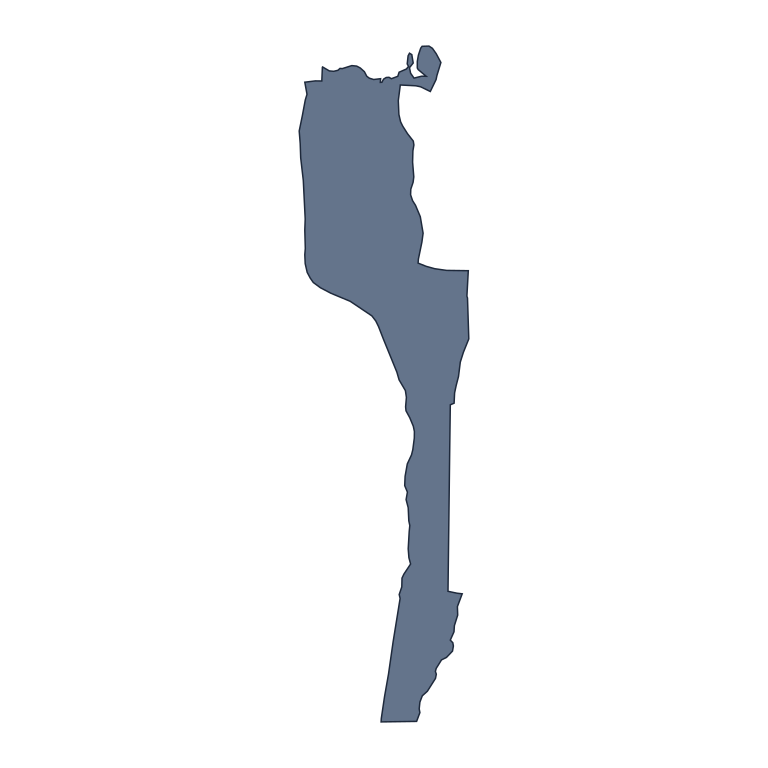 Gagaemauga I (PART), A'ana, Samoa (Albers equal-area conic projection)
{"feature_id": "51752279B78880498357537", "entity_name": "Gagaemauga I (PART)", "entity_type": "district", "adm_level": 2, "iso_a3": "WSM", "parent_name": "Samoa", "parent_adm1": "A'ana", "projection": "albers", "projection_center": [-171.869, -13.827], "detail": "fine", "context": "isolated", "style": "filled", "palette": "slate", "viewbox_px": 768, "rotation_deg": 0, "n_neighbors": 0, "source": "geoboundaries", "source_scale": "gbopen_adm2", "svg_char_len": 2103}
<svg xmlns="http://www.w3.org/2000/svg" viewBox="0 0 768 768"><path d="M436.1,79.5L436.9,75.6L440.9,62.5L436.2,53.7L432.4,48.3L429.0,46.1L422.1,46.3L420.7,48.2L418.4,55.1L417.3,61.4L417.3,68.0L418.2,69.6L426.2,76.3L421.6,76.2L414.0,78.1L410.6,73.2L409.5,67.7L413.2,63.0L411.8,54.6L409.5,53.2L408.1,55.8L407.2,63.9L408.5,66.4L406.4,69.0L399.1,72.2L397.8,76.3L391.4,78.7L389.0,77.3L386.2,77.5L383.6,79.1L381.9,82.3L380.3,82.4L380.6,78.7L373.7,79.5L369.4,78.2L366.8,76.3L364.4,71.7L360.3,68.0L356.7,66.1L351.8,65.6L342.3,68.6L340.0,68.4L337.9,70.3L333.7,71.3L329.3,70.9L322.0,66.6L322.4,66.9L321.8,81.0L315.3,80.9L304.8,82.2L307.0,94.3L305.3,99.9L302.3,115.9L299.2,131.0L300.2,143.5L300.7,157.9L303.3,180.5L305.2,219.0L304.8,230.1L305.3,248.5L304.8,254.7L305.2,263.7L307.2,272.4L310.3,278.2L313.3,282.5L320.5,287.8L331.0,293.3L350.2,301.3L371.9,315.9L375.8,321.0L378.5,326.5L383.4,339.1L396.9,372.2L399.1,379.9L405.4,390.6L406.4,397.4L405.6,406.8L406.0,410.8L409.8,417.8L413.3,426.2L414.4,431.5L414.3,438.1L412.8,449.7L411.5,454.9L407.3,463.9L405.1,476.3L404.7,485.6L407.4,492.1L406.1,499.6L408.2,507.7L408.8,520.8L409.8,525.5L409.2,531.6L408.2,548.8L408.9,557.7L410.6,564.0L403.9,574.1L402.0,578.1L401.8,586.9L399.2,594.5L400.1,598.5L393.1,641.9L388.5,674.1L384.6,696.2L381.3,718.5L381.1,721.9L416.6,721.4L419.9,712.6L419.2,708.9L419.9,702.1L422.3,695.8L427.4,691.2L435.5,678.4L436.3,674.2L435.4,671.4L436.2,668.4L441.5,659.9L446.5,657.4L452.5,651.1L453.4,646.0L452.8,642.7L450.3,640.1L454.0,631.8L454.4,625.6L457.7,615.1L457.4,606.6L462.2,593.8L457.0,593.2L448.0,591.3L449.7,450.4L450.3,404.8L454.1,403.2L454.6,392.9L456.2,385.4L458.5,376.5L460.3,362.1L463.4,352.3L468.8,338.9L467.5,298.0L466.9,296.2L468.3,270.7L446.6,270.4L434.7,268.7L426.1,266.3L418.1,263.1L418.4,259.1L421.9,242.1L423.1,233.2L420.3,216.7L415.5,205.3L412.6,200.7L410.6,194.8L410.8,189.2L413.1,182.3L413.8,176.9L412.6,162.1L412.9,150.9L413.9,145.0L413.3,141.1L407.6,133.8L402.7,126.1L400.6,121.8L398.9,114.5L398.3,100.6L400.3,85.0L415.9,85.8L420.6,86.8L430.3,91.5L436.1,79.5Z" fill="#64748b" stroke="#1e293b" stroke-width="1.5"/></svg>